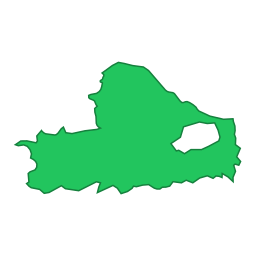 map outline of Gyor-Moson-Sopron (Equal Earth projection)
{"feature_id": "HUN-3156", "entity_name": "Gyor-Moson-Sopron", "entity_type": "County", "adm_level": 1, "iso_a3": "HUN", "parent_name": "Hungary", "parent_adm1": "", "projection": "equal_earth", "projection_center": [17.255, 47.709], "detail": "fine", "context": "isolated", "style": "filled", "palette": "green", "viewbox_px": 256, "rotation_deg": 0, "n_neighbors": 0, "source": "natural_earth", "source_scale": "10m", "svg_char_len": 1994}
<svg xmlns="http://www.w3.org/2000/svg" viewBox="0 0 256 256"><path d="M72.0,133.6L85.0,130.8L97.0,129.4L100.4,128.1L98.5,127.0L97.1,125.4L96.3,123.3L96.0,116.4L94.9,112.2L94.7,108.5L97.2,106.2L96.1,104.8L94.5,100.9L93.2,100.1L89.8,98.7L88.8,97.7L88.7,95.4L90.8,94.5L96.5,93.4L99.2,91.6L100.8,89.5L101.7,86.7L102.4,83.0L102.1,82.5L101.2,82.3L100.4,81.9L100.2,81.0L100.7,80.4L102.2,79.5L102.5,79.1L103.0,77.3L103.8,76.0L103.8,74.7L102.1,73.0L112.4,65.5L118.4,62.4L124.3,63.5L131.1,65.2L132.8,65.6L143.4,67.0L148.6,70.6L165.4,90.1L167.1,91.4L168.7,92.0L172.9,92.7L174.4,93.6L179.9,100.8L181.9,102.6L183.6,102.5L185.3,101.8L187.1,101.6L189.6,102.6L193.0,104.7L196.0,107.2L197.3,109.4L199.0,111.1L206.0,114.3L209.8,116.1L223.5,119.3L233.0,118.8L233.4,121.6L234.9,126.1L235.1,130.7L234.4,134.4L235.7,138.1L235.4,144.6L240.3,148.3L236.7,156.8L240.6,161.5L238.8,165.2L235.1,164.1L233.7,165.3L235.5,171.3L233.0,177.4L233.1,181.6L227.9,176.8L222.2,173.5L222.0,177.5L219.1,176.3L216.0,176.0L213.1,178.3L207.3,175.8L199.7,178.0L192.8,182.8L186.2,180.2L181.5,182.8L173.0,181.7L169.7,186.1L165.9,187.1L162.3,187.2L159.9,189.0L157.0,189.0L154.2,188.1L148.7,184.6L142.6,185.1L136.4,186.7L133.5,186.2L132.0,188.4L127.5,191.5L121.1,193.6L117.3,188.1L113.0,185.4L97.4,192.6L98.8,187.1L100.5,182.8L96.4,181.8L78.7,190.7L65.4,188.7L61.4,185.7L49.0,192.5L44.2,193.3L39.7,189.4L31.2,187.7L29.0,186.2L27.0,184.0L26.6,183.6L28.9,182.0L28.2,173.5L30.1,171.8L34.9,170.0L36.7,167.3L36.9,164.0L35.6,161.4L33.3,159.4L30.6,158.0L31.5,153.9L30.1,149.7L27.3,146.3L23.7,144.9L18.3,145.7L15.4,144.7L20.8,141.0L27.0,140.9L36.1,142.8L37.4,141.0L36.8,136.0L41.5,130.5L41.9,131.2L43.7,132.8L45.5,133.8L54.8,135.0L56.2,134.7L58.0,133.2L61.3,128.7L63.4,127.1L65.8,132.7L72.0,133.6ZM207.2,123.5L199.5,122.0L183.5,126.8L180.4,137.2L170.9,143.6L176.3,150.9L178.7,150.3L184.5,153.7L191.0,149.6L201.5,149.6L208.5,146.4L218.8,140.9L220.0,137.1L218.1,130.1L214.7,122.9L207.2,123.5Z" fill="#22c55e" stroke="#15803d" stroke-width="1.5"/></svg>